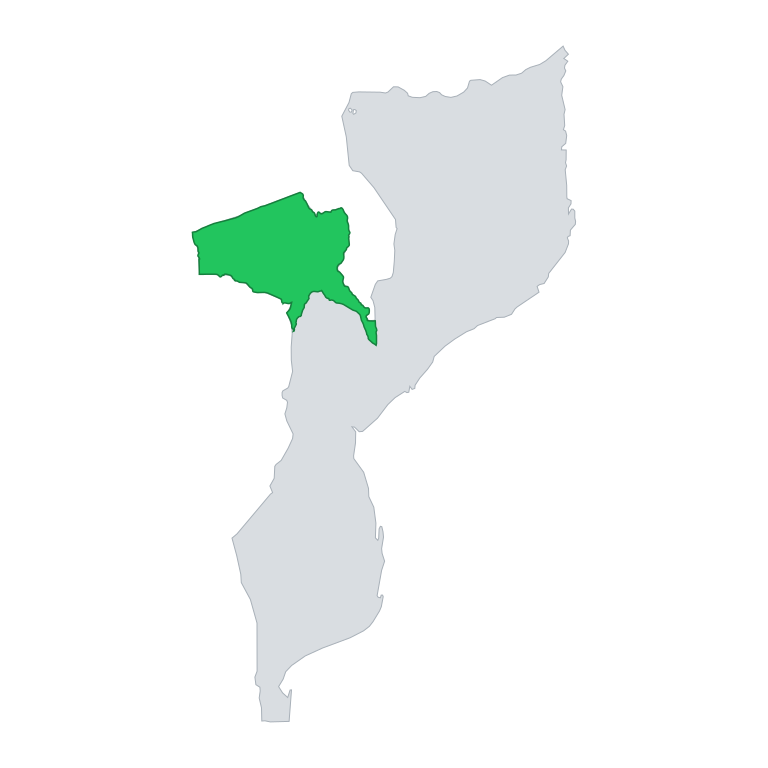 where Tete sits in Mozambique
{"feature_id": "MOZ-1190", "entity_name": "Tete", "entity_type": "Province", "adm_level": 1, "iso_a3": "MOZ", "parent_name": "Mozambique", "parent_adm1": "", "projection": "robinson", "projection_center": [33.352, -15.869], "detail": "fine", "context": "in_parent", "style": "filled", "palette": "green", "viewbox_px": 768, "rotation_deg": 0, "n_neighbors": 0, "source": "natural_earth", "source_scale": "10m", "svg_char_len": 9470}
<svg xmlns="http://www.w3.org/2000/svg" viewBox="0 0 768 768"><path d="M232.0,538.1L237.0,533.9L270.5,494.1L272.6,492.6L269.9,486.0L274.2,478.3L274.8,466.3L276.1,464.4L281.2,460.4L288.2,448.1L292.6,438.5L293.1,433.9L286.8,420.9L284.9,413.9L286.8,407.8L287.5,402.2L286.7,400.3L282.7,398.0L282.1,395.5L282.1,392.5L282.9,390.8L287.7,388.1L288.7,386.7L292.6,371.5L291.3,360.1L291.2,347.0L292.2,333.5L291.7,325.8L288.7,317.0L288.4,310.7L290.6,306.2L291.0,303.6L283.5,302.2L279.7,298.5L265.6,292.7L254.7,291.9L245.6,283.1L238.5,281.6L229.3,275.2L200.6,274.0L199.6,273.3L198.4,253.9L197.4,247.4L193.8,240.6L192.8,235.8L193.0,232.6L208.9,225.6L240.1,215.6L246.9,212.3L300.1,192.4L301.6,193.6L306.9,203.7L315.7,215.2L317.9,213.7L330.6,211.8L332.5,210.3L336.4,209.3L340.8,208.6L342.4,209.3L347.1,216.5L348.7,229.8L348.9,238.8L348.3,245.3L344.5,252.7L341.7,262.1L337.7,267.2L337.7,269.6L342.3,275.2L343.3,277.5L343.0,282.5L343.8,284.4L347.8,287.4L350.8,292.0L362.3,305.6L365.3,308.0L367.6,308.6L368.7,311.3L368.1,314.4L366.3,316.2L367.0,318.7L369.2,320.7L374.5,320.3L375.1,319.5L374.8,307.5L373.0,300.6L370.8,297.3L375.3,284.4L377.7,280.9L386.3,279.4L390.3,278.2L392.0,276.6L393.3,272.5L394.3,261.1L394.8,250.3L393.9,244.0L395.2,234.5L397.1,228.6L396.1,227.4L395.5,219.5L373.9,187.6L361.6,173.3L359.6,171.9L352.8,170.7L349.2,165.4L346.3,136.9L341.8,116.2L349.0,102.5L351.3,93.7L352.8,92.4L358.8,91.9L380.2,92.2L385.5,93.0L387.9,92.1L393.5,86.8L398.1,86.9L404.3,90.3L407.6,93.3L408.2,95.8L412.3,97.3L420.0,97.7L425.7,96.4L429.2,93.3L432.9,91.7L436.7,91.5L439.6,92.6L441.6,94.8L445.3,96.5L450.9,97.4L457.0,96.0L463.7,92.1L467.5,88.0L469.5,81.2L470.8,80.3L480.1,79.6L485.1,81.0L491.5,85.2L502.5,77.6L509.5,75.1L516.1,75.0L521.6,73.2L525.8,69.6L530.4,67.3L539.6,64.5L545.8,60.8L563.1,46.1L565.0,50.3L568.4,54.2L563.8,58.5L567.8,61.2L564.9,65.3L564.5,68.1L565.8,70.9L563.9,75.5L561.3,79.1L560.6,81.8L562.9,86.7L561.7,95.3L565.1,109.6L564.0,114.3L564.7,125.6L563.4,129.7L565.6,131.1L566.7,135.6L565.7,143.4L561.8,146.7L561.4,149.9L566.2,150.0L566.1,159.8L565.5,162.7L566.6,166.0L565.2,169.7L566.7,185.4L566.8,196.9L567.1,198.7L571.1,200.6L571.0,203.8L568.4,207.9L568.5,214.0L571.5,209.1L573.2,209.2L574.8,211.1L574.8,218.0L575.6,221.4L575.3,224.4L570.4,230.1L570.1,235.7L568.2,236.4L567.3,237.8L568.6,241.0L568.5,243.8L565.1,252.5L548.7,273.4L548.3,276.9L544.1,283.5L539.6,284.6L537.1,286.4L539.0,292.2L517.2,306.9L515.0,308.9L511.5,314.3L504.3,317.2L496.5,317.5L495.2,318.7L477.6,325.5L474.1,328.7L466.6,331.7L454.8,339.0L445.2,346.0L434.2,356.4L432.7,362.0L427.5,369.3L419.8,378.0L415.1,385.2L414.8,388.4L412.1,389.4L409.8,386.3L408.8,392.2L406.9,392.6L404.8,391.4L395.1,397.6L387.8,404.6L377.5,418.2L362.6,431.4L359.2,431.7L354.5,427.1L351.9,426.8L355.7,431.8L355.5,442.9L353.6,455.8L353.8,458.6L363.7,472.3L368.5,488.4L368.8,496.6L373.8,507.2L375.9,523.1L375.4,537.9L377.8,540.3L378.7,538.1L379.1,528.9L380.4,526.3L381.8,526.7L383.0,531.8L383.5,537.1L381.6,548.6L382.1,553.4L384.6,561.2L381.6,570.4L377.1,595.7L378.2,597.3L380.4,597.8L381.2,595.1L382.6,595.1L383.2,596.7L381.3,606.7L379.5,611.0L373.0,621.7L369.4,626.3L363.6,630.8L350.0,637.8L322.6,648.0L305.3,655.9L291.7,665.4L285.7,671.7L283.2,679.0L278.6,686.6L282.6,692.9L287.7,697.5L290.1,690.0L291.5,689.9L289.1,721.4L270.3,721.9L264.9,720.8L261.8,721.0L261.5,707.8L259.2,698.0L260.2,690.9L259.9,687.2L255.9,684.7L254.9,677.1L257.1,671.2L257.0,623.0L250.4,599.5L241.3,582.6L240.8,574.3L236.7,555.5L232.0,538.1ZM353.7,114.3L355.9,113.0L356.3,110.6L354.8,109.5L353.5,109.7L352.9,113.5L353.7,114.3ZM352.1,109.9L350.3,108.2L349.0,108.6L348.5,110.1L349.9,112.1L351.4,112.1L352.1,109.9Z" fill="#d9dde1" stroke="#a8b0b8" stroke-width="1"/><path d="M199.3,274.3L199.3,271.4L199.2,266.5L199.1,262.6L199.0,259.2L199.6,259.0L199.6,258.9L199.2,257.7L199.0,257.4L198.0,256.2L197.9,255.6L198.1,254.7L198.8,253.3L198.9,252.8L198.8,252.4L198.3,251.6L198.1,251.2L198.0,248.5L197.9,247.6L197.6,246.9L197.2,246.1L196.8,245.6L196.3,245.4L195.1,244.5L194.2,242.6L192.8,237.4L192.6,235.6L192.6,233.8L192.4,232.5L192.4,232.3L193.0,232.1L196.1,231.7L198.8,230.2L202.1,228.3L206.0,226.8L209.0,225.5L214.0,223.5L217.6,222.6L222.7,221.3L223.4,221.2L227.1,220.2L231.7,218.9L235.5,217.9L238.6,216.6L241.9,214.7L244.4,213.2L249.6,211.3L254.3,209.6L257.9,208.2L260.6,206.8L262.0,206.4L264.9,205.8L268.3,204.5L272.1,203.1L277.5,201.0L283.6,198.7L289.8,196.3L294.3,194.6L297.5,193.4L300.1,192.4L302.1,193.6L302.9,194.3L303.3,195.5L303.1,197.5L303.3,198.3L304.2,199.9L304.5,200.3L305.0,200.7L305.3,200.8L305.6,201.1L305.7,201.3L306.2,202.4L306.8,203.4L308.6,207.5L309.3,208.5L309.7,208.9L311.3,209.7L311.8,210.1L312.0,210.6L312.2,211.1L312.5,211.7L312.9,212.0L313.9,212.5L314.3,212.9L314.6,213.4L315.1,215.0L315.3,215.6L315.6,216.2L316.0,216.6L316.7,216.8L317.0,216.5L317.1,215.8L317.2,214.4L317.5,213.2L318.0,212.3L318.8,212.0L320.7,213.7L321.7,213.8L322.8,213.4L324.8,211.9L325.8,211.6L326.9,211.7L330.7,212.2L331.0,212.0L331.4,211.0L331.7,210.5L332.8,210.0L335.4,209.9L339.0,208.5L339.3,208.5L339.9,208.5L340.1,208.5L340.4,208.3L340.7,208.0L340.9,207.8L341.3,207.8L342.3,208.4L342.6,208.9L343.1,209.6L344.2,212.3L345.1,213.5L346.9,215.5L347.5,216.8L347.6,218.2L347.1,220.7L347.4,222.1L348.0,223.4L348.4,224.6L348.6,225.9L348.6,229.0L348.7,229.7L348.9,230.5L349.2,231.1L349.6,231.8L349.9,232.4L349.8,233.1L349.6,233.7L348.8,234.8L348.6,235.4L348.7,236.0L348.9,236.5L349.0,237.0L348.7,237.4L348.6,238.1L349.0,241.3L349.3,244.2L349.2,245.3L348.5,246.3L348.0,246.8L347.6,247.0L347.1,247.4L346.7,248.0L346.5,248.5L346.4,249.5L346.1,250.0L345.4,250.5L344.7,251.8L344.0,252.2L343.6,252.9L343.6,254.2L343.9,256.7L343.8,258.4L343.4,259.7L341.1,263.1L340.7,263.4L340.0,263.7L339.4,264.0L338.7,264.5L337.7,265.8L337.3,266.8L337.1,268.2L337.2,269.7L337.6,270.8L338.0,271.3L339.2,271.9L339.8,272.3L342.8,275.8L343.4,276.7L343.5,277.9L342.8,280.5L342.7,281.9L344.1,285.5L344.8,286.3L346.1,286.4L347.7,286.6L348.5,287.6L349.5,290.4L349.9,291.1L350.3,291.5L351.5,292.5L351.7,292.8L351.9,293.2L352.3,294.4L352.6,294.6L352.8,294.7L355.1,296.1L355.6,296.6L356.2,298.0L356.6,298.5L358.2,300.1L358.5,300.7L358.8,301.6L359.1,302.2L359.7,302.6L360.3,302.9L360.6,303.1L360.9,303.3L361.0,303.7L361.2,304.5L361.3,304.8L361.6,304.9L362.1,305.0L362.4,305.1L362.9,305.5L363.2,305.9L363.8,306.9L364.9,307.8L365.9,308.0L367.0,307.9L368.2,307.9L369.0,308.6L369.3,309.9L369.3,311.4L369.2,312.7L368.8,313.8L368.0,314.4L367.1,314.9L366.3,315.7L366.0,316.9L367.2,318.9L367.1,320.0L367.6,320.6L369.5,320.9L373.1,321.0L375.2,320.8L375.3,321.4L375.5,326.2L375.7,327.0L376.5,328.8L376.8,330.3L376.7,330.6L376.3,331.4L376.2,331.7L376.1,332.0L376.1,333.0L376.5,335.5L376.5,343.5L376.1,345.3L375.7,345.0L374.9,344.3L372.6,343.0L372.1,342.6L371.9,342.2L371.5,342.0L370.6,341.1L369.5,340.2L368.9,339.5L368.4,338.9L368.3,338.5L368.2,338.2L368.2,337.4L368.2,337.2L367.7,335.7L367.5,335.4L367.0,334.7L366.8,334.4L366.5,332.7L365.5,329.8L365.1,329.2L364.9,328.5L364.3,327.4L364.2,327.0L363.9,326.2L363.5,324.6L362.8,322.9L361.4,320.2L360.5,316.1L360.0,314.8L359.7,314.4L356.5,311.4L355.6,311.0L352.9,310.1L350.2,308.5L343.4,304.4L341.5,303.7L339.1,303.2L336.7,303.0L336.1,302.8L335.5,302.4L333.7,300.7L333.4,300.5L333.0,300.3L332.2,300.2L331.8,300.0L331.3,300.0L330.0,300.3L329.4,300.2L329.1,299.7L329.0,299.1L328.8,298.7L328.4,298.4L327.8,298.4L327.3,298.3L326.4,297.7L325.7,297.1L324.7,295.2L323.4,293.5L322.4,291.7L321.8,290.8L321.7,291.0L320.3,291.0L319.9,291.1L318.3,291.7L317.7,291.8L314.0,291.4L312.8,291.6L311.9,292.0L311.0,292.7L310.2,293.5L309.0,295.5L308.7,295.7L308.8,296.7L308.8,297.0L308.7,297.6L308.7,297.8L308.9,298.1L309.0,298.3L308.9,298.7L308.7,299.0L306.7,301.9L306.6,302.2L306.5,302.5L306.4,302.7L306.2,302.9L305.8,303.1L305.6,303.2L305.2,303.5L304.6,304.3L304.4,304.5L304.4,304.8L304.3,305.2L304.4,305.8L304.3,306.0L304.2,306.7L304.2,307.0L304.2,307.5L304.0,307.9L302.8,309.9L302.7,310.1L301.5,313.9L301.3,314.9L301.3,315.4L301.2,315.5L301.0,315.8L300.7,316.1L300.5,316.3L300.3,316.4L299.0,316.6L298.8,316.7L298.6,316.8L298.3,317.2L298.2,317.4L297.8,317.6L297.5,318.0L297.2,318.4L296.7,319.1L296.3,320.4L296.3,321.3L296.2,321.7L296.0,322.0L295.9,322.4L296.0,322.8L296.3,323.8L296.3,324.1L296.2,324.4L294.8,327.3L294.5,327.8L294.2,328.3L294.1,328.5L294.3,328.9L294.4,329.2L294.4,329.5L294.2,330.9L293.3,331.3L293.4,331.0L293.6,330.4L293.6,329.7L293.4,329.3L292.6,328.8L292.3,328.6L291.9,327.7L291.7,326.8L291.7,326.4L291.7,324.9L291.2,322.3L290.3,320.0L288.8,317.0L286.7,313.0L286.7,312.8L289.3,310.0L289.8,309.2L290.4,307.9L291.4,303.5L291.7,302.3L291.3,302.4L290.7,302.7L289.6,303.4L289.0,303.6L287.9,303.5L285.7,303.0L284.5,302.9L284.0,303.0L283.5,303.2L283.2,303.5L283.2,303.4L282.0,302.5L281.6,300.9L281.6,300.0L281.4,299.4L281.0,299.0L276.7,297.0L271.0,294.5L267.3,292.9L264.5,292.4L257.4,292.6L253.6,291.9L253.1,291.6L252.7,291.0L252.6,289.4L252.2,288.7L251.8,288.3L250.3,287.4L249.6,286.8L247.4,284.1L246.4,283.2L245.5,282.8L239.5,282.3L238.2,281.6L237.6,281.2L236.9,281.0L236.1,281.0L235.4,280.9L235.4,280.6L235.4,280.4L235.2,280.3L234.8,280.4L234.7,280.4L234.4,280.1L234.3,279.7L234.2,279.3L233.8,279.1L233.1,278.6L232.7,278.1L232.0,276.7L231.5,276.0L230.9,275.5L230.2,275.2L226.5,274.2L224.9,274.1L224.0,274.7L223.8,275.3L223.5,275.3L223.2,275.1L222.9,275.0L222.4,275.3L221.7,276.1L221.3,276.5L220.5,276.9L219.9,276.8L219.3,276.3L218.8,275.7L217.3,274.5L215.7,274.2L211.8,274.2L206.0,274.2L203.4,274.3L199.3,274.3Z" fill="#22c55e" stroke="#15803d" stroke-width="1.5"/></svg>